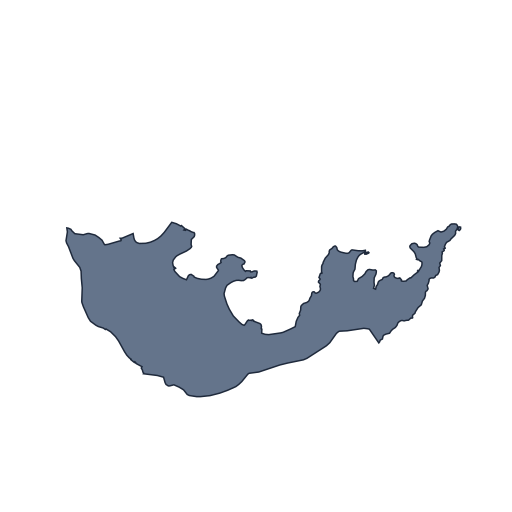 Woollahra, Australia (Natural Earth projection), rotated 44°
{"feature_id": "25037944B50824863548632", "entity_name": "Woollahra", "entity_type": "district", "adm_level": 2, "iso_a3": "AUS", "parent_name": "Australia", "parent_adm1": "", "projection": "natural_earth1", "projection_center": [151.265, -33.862], "detail": "fine", "context": "isolated", "style": "filled", "palette": "slate", "viewbox_px": 512, "rotation_deg": 44, "n_neighbors": 0, "source": "geoboundaries", "source_scale": "gbopen_adm2", "svg_char_len": 6155}
<svg xmlns="http://www.w3.org/2000/svg" viewBox="0 0 512 512"><g transform="rotate(44 256 256)"><path d="M198.7,413.5L198.8,412.7L204.0,411.5L211.1,411.6L216.3,412.6L228.0,416.2L232.0,417.1L235.6,417.3L237.8,417.0L237.9,417.5L242.3,417.1L242.2,416.3L243.2,416.2L243.2,416.7L244.9,416.5L250.9,414.8L251.3,416.3L253.4,416.9L255.4,418.1L256.5,418.2L256.8,418.9L268.0,410.5L273.7,407.4L278.5,410.2L280.5,410.9L283.1,410.4L284.1,409.5L286.4,405.7L291.9,403.7L296.9,402.6L302.7,403.4L304.9,402.7L311.0,398.4L313.7,395.8L319.9,388.4L325.2,379.8L329.0,372.0L332.2,364.0L332.8,360.4L333.0,356.2L332.2,346.7L332.5,345.2L338.6,337.5L348.8,317.9L353.0,311.2L362.2,297.8L363.7,294.3L369.0,271.7L369.3,267.1L367.6,255.8L367.9,253.0L368.3,252.1L373.6,246.4L383.8,233.1L387.1,230.6L388.4,229.9L404.7,233.2L404.6,232.0L403.8,230.2L404.6,227.9L403.1,225.5L402.9,224.6L403.0,223.8L403.8,221.8L405.7,218.8L405.2,216.1L405.2,213.8L405.9,210.6L405.6,208.0L404.6,205.7L404.5,204.6L405.0,202.1L405.8,200.9L407.6,199.8L408.8,197.9L410.3,196.2L410.5,193.1L411.5,192.2L411.6,191.6L410.4,190.7L409.8,189.7L410.1,186.8L409.4,185.4L408.4,180.5L408.8,176.3L407.0,172.8L406.6,169.4L405.2,166.7L403.0,164.3L402.8,163.2L403.1,162.1L402.6,160.1L399.5,158.2L399.0,156.1L397.7,153.6L396.7,152.6L396.7,151.3L397.4,149.9L399.0,148.5L399.4,146.9L398.8,145.1L399.6,143.3L398.8,140.4L397.9,138.9L395.6,137.1L395.3,134.8L393.1,133.5L392.8,130.3L389.2,126.5L388.3,124.7L387.1,123.9L387.6,121.4L387.2,121.0L386.1,120.6L386.7,119.0L386.2,118.7L385.2,118.6L384.1,116.1L383.6,113.8L384.7,110.1L384.4,108.5L384.6,103.2L384.0,101.2L382.3,99.5L382.0,97.3L380.9,94.8L379.4,94.1L377.9,94.0L376.3,95.2L374.3,97.3L374.0,99.0L374.2,100.5L373.7,102.0L374.3,104.4L373.9,107.7L372.4,110.3L369.3,111.4L368.2,115.0L367.8,117.8L368.0,119.8L369.7,123.9L370.5,125.3L372.0,125.9L372.4,126.7L372.7,127.7L372.4,130.7L370.7,133.2L366.9,136.6L365.8,136.7L363.9,135.9L362.3,136.1L361.0,136.8L359.6,138.9L359.6,141.5L360.2,142.5L361.4,143.1L366.6,143.2L369.0,143.8L372.5,145.9L373.7,146.2L373.8,146.9L374.9,146.4L375.2,145.7L376.9,145.7L379.2,145.1L380.0,145.4L381.4,147.0L382.3,148.6L383.4,153.6L382.5,153.8L382.6,154.5L383.5,154.3L383.6,154.9L382.8,159.7L382.6,164.3L382.0,164.6L381.3,168.0L381.3,169.8L379.4,172.0L378.3,172.8L377.7,172.9L377.4,172.2L375.0,171.8L374.3,172.2L374.5,172.6L373.0,174.1L371.1,174.9L369.9,174.9L368.8,174.2L368.3,173.0L367.1,172.6L366.0,173.0L365.0,174.1L364.8,175.1L365.1,176.6L364.9,178.7L364.2,180.5L363.0,182.0L362.5,183.2L363.1,185.2L362.3,187.1L361.9,188.9L362.1,189.9L363.3,192.2L363.6,194.4L365.1,196.8L363.0,197.6L361.4,194.7L359.1,192.9L356.2,189.6L354.9,185.8L354.1,184.5L352.9,183.1L351.5,183.1L349.9,184.9L347.0,186.8L346.1,188.1L346.0,190.7L346.7,193.2L346.6,197.0L345.5,201.0L346.4,204.0L344.5,205.9L343.2,205.9L342.0,204.7L340.0,203.5L337.8,200.9L337.2,199.8L336.3,196.7L333.2,192.9L331.0,189.0L330.1,186.1L329.8,184.1L330.0,182.2L331.4,177.6L331.3,176.4L330.7,175.9L328.8,178.5L325.9,181.2L320.8,184.9L320.5,185.9L320.7,189.2L319.9,190.6L318.6,191.7L314.1,194.4L311.9,195.1L310.2,195.1L308.2,193.8L306.3,193.6L305.8,194.0L305.2,195.6L305.4,197.7L304.8,200.5L305.4,201.8L306.3,202.6L307.1,204.6L307.3,209.4L308.7,213.9L309.4,214.8L309.8,216.7L310.5,218.0L314.0,221.7L315.3,222.4L315.4,222.8L314.6,223.3L314.6,224.2L316.3,227.8L317.9,227.9L318.4,228.4L318.4,230.4L319.0,231.4L321.8,231.6L322.3,232.0L323.0,233.4L325.3,234.9L326.1,236.3L326.2,238.4L325.3,240.8L324.4,241.5L322.9,241.3L322.0,242.0L321.7,242.8L321.9,243.9L323.5,246.2L324.1,248.9L325.1,251.0L325.2,252.3L324.8,254.2L323.2,257.1L323.0,260.1L323.5,261.4L325.7,263.9L327.1,267.3L328.6,268.3L328.8,270.9L330.3,275.0L333.3,279.6L331.6,284.4L328.5,292.1L327.1,294.3L319.8,303.7L317.0,306.0L313.7,307.6L311.0,304.5L310.3,304.7L308.7,302.7L307.1,301.8L305.7,301.9L299.4,304.6L299.2,304.1L298.0,304.2L297.5,304.7L297.6,305.5L296.4,306.2L295.5,307.4L295.1,307.3L294.8,308.3L295.7,313.2L295.6,314.1L293.4,315.0L289.8,315.2L281.3,314.9L273.7,312.8L268.4,310.7L261.1,306.8L259.1,305.2L256.3,300.1L255.5,297.2L256.4,292.6L257.3,289.9L258.7,287.3L260.4,285.5L262.5,284.0L264.1,282.3L264.6,280.1L264.7,277.8L265.5,276.8L267.1,275.6L267.2,274.9L268.0,275.2L268.5,274.7L268.9,273.2L270.1,271.7L270.2,270.2L268.1,266.9L267.1,266.3L265.5,267.6L264.7,268.8L264.2,270.1L263.1,271.2L262.3,270.7L259.2,273.4L259.1,274.4L257.2,274.4L254.6,273.9L252.6,272.9L252.3,272.3L252.3,271.2L252.5,270.6L252.9,270.2L252.4,268.3L251.8,267.6L250.8,267.4L246.6,268.0L243.9,269.5L239.7,270.3L238.2,271.4L235.6,274.6L235.2,275.8L235.4,278.2L234.5,280.3L233.2,281.8L233.2,282.5L234.1,284.2L235.4,284.9L235.2,286.3L234.5,288.7L234.7,290.7L235.6,291.6L238.8,292.3L239.1,292.8L239.9,299.8L239.1,303.0L237.7,305.8L236.3,307.6L232.8,310.7L229.1,313.0L226.2,314.1L225.4,313.7L222.1,314.3L221.2,315.6L221.0,317.0L222.5,321.4L219.0,322.9L215.4,323.9L208.3,323.5L206.3,322.8L206.7,320.6L206.0,320.6L205.7,321.6L205.4,321.5L205.6,320.9L204.7,320.7L204.5,321.1L202.8,320.3L200.6,318.7L199.3,316.4L198.8,312.4L199.0,310.6L199.9,307.6L202.5,300.8L203.4,296.6L203.4,294.7L203.1,293.8L201.3,292.8L198.0,289.0L198.1,285.0L197.3,283.5L196.1,282.4L195.0,282.2L194.5,282.7L191.5,283.9L190.8,283.8L189.8,284.4L187.3,285.1L187.5,286.5L186.1,287.4L186.0,285.7L181.2,285.9L181.1,286.7L176.3,288.1L172.0,290.3L173.6,302.8L173.7,307.8L173.2,311.8L172.2,315.3L170.5,319.3L168.6,322.3L167.8,323.5L163.4,328.0L161.1,329.1L159.5,329.3L157.6,328.9L155.7,327.9L152.0,325.2L147.3,336.2L146.0,337.6L147.9,338.0L148.2,339.0L147.2,340.3L141.5,350.3L139.5,352.9L138.5,352.9L134.3,351.6L130.0,351.9L125.7,352.7L120.2,355.8L119.1,357.0L117.0,360.7L110.2,365.8L106.0,365.8L104.3,365.4L101.8,366.3L100.4,367.2L103.6,369.7L108.7,377.0L110.7,378.2L114.6,379.5L125.9,384.8L128.5,385.5L137.1,386.6L140.7,388.4L146.0,393.5L153.1,399.6L162.1,409.6L163.1,410.4L167.1,412.4L178.2,416.9L182.3,417.9L189.0,417.0L191.5,416.3L196.2,413.9L198.7,413.5ZM383.2,96.8L384.5,96.5L384.6,95.0L384.2,94.1L383.1,93.1L381.9,93.9L381.7,94.4L382.8,96.7L383.2,96.8ZM332.9,179.1L334.0,178.2L335.0,175.8L335.0,175.2L334.0,175.1L332.9,176.8L332.4,178.6L332.9,179.1Z" fill="#64748b" stroke="#1e293b" stroke-width="1.5"/></g></svg>